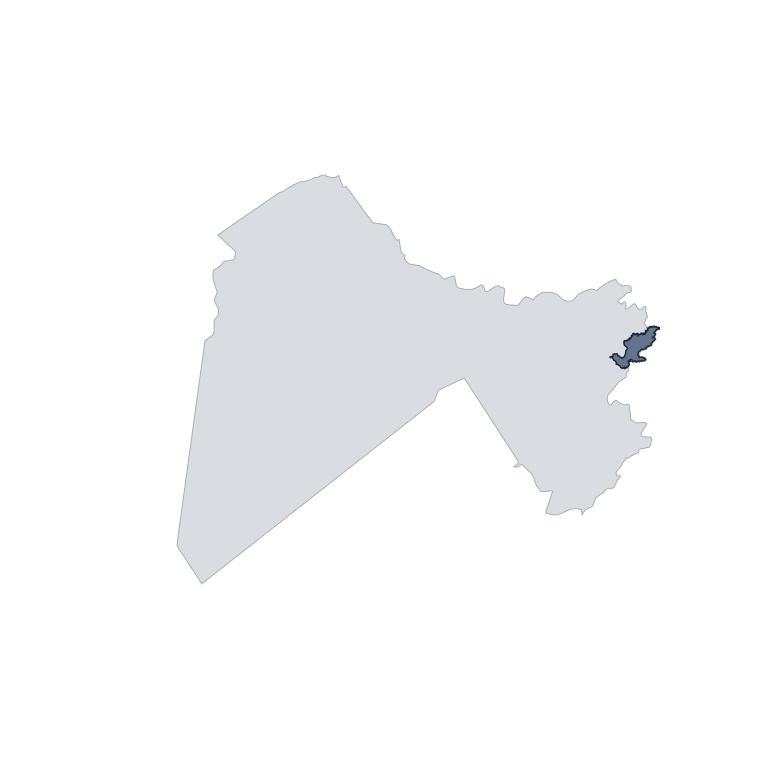 Yanfolila, Sikasso, Mali shown in context, rotated 237°
{"feature_id": "8926073B66933927430110", "entity_name": "Yanfolila", "entity_type": "district", "adm_level": 2, "iso_a3": "MLI", "parent_name": "Mali", "parent_adm1": "Sikasso", "projection": "equal_earth", "projection_center": [-8.073, 10.95], "detail": "fine", "context": "in_parent", "style": "filled", "palette": "slate", "viewbox_px": 768, "rotation_deg": 237, "n_neighbors": 0, "source": "geoboundaries", "source_scale": "gbopen_adm2", "svg_char_len": 9305}
<svg xmlns="http://www.w3.org/2000/svg" viewBox="0 0 768 768"><g transform="rotate(237 384 384)"><path d="M189.7,564.7L189.9,562.0L188.1,560.1L188.1,559.2L189.1,551.4L189.0,549.4L189.7,545.5L188.6,543.7L188.3,542.4L185.6,537.3L184.7,533.0L183.3,530.2L180.0,529.3L178.8,531.7L178.1,532.1L176.9,530.4L176.4,528.9L176.4,527.5L172.2,520.8L172.5,517.2L174.1,515.3L174.8,512.2L173.2,508.6L173.5,505.2L173.3,500.4L170.8,496.2L169.2,494.3L167.8,491.4L169.0,484.7L166.5,478.9L171.1,481.2L173.4,479.1L175.5,476.2L177.3,472.3L178.2,467.6L178.6,463.5L180.4,457.0L182.6,454.0L187.2,449.5L188.5,449.9L196.0,459.4L200.2,464.2L201.8,466.8L203.2,466.8L205.3,462.1L207.5,458.1L208.5,457.1L216.0,456.6L220.0,457.4L223.5,458.5L228.4,458.9L241.5,455.9L241.7,454.0L241.5,451.7L242.0,450.0L243.1,448.4L244.0,448.1L244.4,453.5L245.5,454.3L248.6,454.5L345.3,454.5L349.2,426.6L342.1,416.5L315.7,122.3L361.1,122.3L369.1,128.9L517.4,257.1L518.2,261.3L518.2,267.1L519.3,268.8L521.5,270.7L530.0,276.2L530.6,277.3L531.0,279.6L532.0,282.4L533.9,284.1L535.9,285.3L538.5,286.1L546.1,287.0L547.7,288.3L551.1,293.4L552.9,294.4L563.2,297.2L566.5,298.6L570.2,300.9L572.1,303.0L572.3,311.1L573.8,316.3L573.8,317.7L572.2,319.8L571.9,321.3L570.1,325.5L570.5,327.1L574.2,330.3L575.9,331.2L578.0,331.2L599.5,325.7L601.5,401.4L600.7,402.6L600.4,416.0L599.0,424.0L596.3,429.8L594.7,438.6L593.7,440.3L593.0,445.3L591.5,448.2L588.7,449.4L583.8,455.0L583.5,459.5L571.7,457.0L570.9,457.1L570.4,457.6L570.2,460.0L540.1,461.4L525.3,462.5L516.2,472.8L510.1,473.8L502.6,472.9L498.7,472.9L497.2,473.4L496.9,475.3L484.8,470.0L480.4,471.7L479.7,471.1L479.1,470.0L476.9,469.4L473.5,469.7L471.0,470.5L463.4,478.6L459.4,480.6L451.8,485.4L446.5,489.6L444.6,490.4L441.6,490.6L439.1,491.5L437.0,500.8L435.5,501.7L426.4,498.0L424.6,498.5L423.0,499.6L417.9,505.1L415.5,509.5L414.1,515.3L414.4,519.2L413.5,520.3L411.2,520.6L406.9,519.4L405.6,519.9L405.1,522.8L405.2,529.1L404.3,533.4L401.8,534.7L399.9,536.4L398.3,536.9L397.0,536.5L389.6,530.1L387.1,529.0L384.4,529.8L381.8,532.5L377.1,539.2L377.6,541.5L378.9,544.3L379.9,547.7L379.8,550.8L373.1,555.1L374.7,558.3L374.6,567.1L371.5,571.0L370.4,573.6L367.4,576.4L364.8,578.0L356.6,580.3L353.3,583.1L351.8,585.3L351.5,587.7L351.8,590.5L353.4,596.2L352.9,601.5L351.6,607.6L350.3,610.3L346.5,613.4L347.1,617.4L347.4,623.1L346.9,630.5L345.7,635.5L344.8,635.0L341.2,635.3L337.2,636.8L335.8,638.1L335.5,639.8L332.1,643.8L329.9,643.6L327.8,642.5L326.7,641.4L326.6,640.8L327.9,637.6L327.9,636.5L326.6,630.8L326.8,629.4L326.3,625.1L326.0,624.8L321.6,626.7L321.5,627.5L322.1,630.3L321.7,630.8L320.1,630.7L317.9,629.8L315.6,627.3L315.0,628.1L314.7,630.1L314.6,632.5L315.2,636.8L314.5,638.3L310.8,638.0L307.7,638.5L306.9,640.1L306.6,641.8L307.3,643.7L307.2,644.5L305.9,645.7L305.3,645.6L303.6,643.5L296.7,641.5L296.1,638.6L295.3,638.6L293.1,635.0L292.2,635.2L291.4,635.7L288.7,635.5L286.4,638.5L284.7,642.3L282.8,644.2L280.0,645.0L280.4,642.6L279.5,639.3L273.5,635.1L272.6,633.4L271.1,623.9L271.1,621.2L271.5,618.7L271.4,616.8L270.7,615.3L268.9,613.9L267.1,613.2L264.7,615.1L263.6,615.4L262.5,615.3L261.9,614.6L262.0,613.7L264.6,608.6L265.8,606.5L268.4,604.0L269.0,602.8L269.1,601.8L268.9,601.1L267.2,600.2L264.6,597.8L263.2,597.6L262.0,596.5L260.8,592.8L260.2,592.1L259.0,591.7L257.8,590.8L257.9,581.9L255.4,575.3L253.2,566.8L252.0,564.8L249.9,563.1L247.4,561.9L245.2,561.6L242.6,562.5L242.7,563.3L244.1,566.1L244.3,567.6L244.1,569.0L243.6,570.0L240.2,571.0L235.6,574.0L234.1,577.6L233.1,578.1L231.3,577.6L219.2,571.5L214.2,574.2L210.9,579.5L210.1,581.2L208.5,582.7L207.7,582.8L206.8,581.7L203.3,573.7L201.7,571.8L199.8,571.7L198.2,573.0L196.5,575.7L194.4,578.3L193.0,579.0L191.8,578.6L186.9,573.2L186.6,572.0L188.9,565.6L189.7,564.7Z" fill="#d9dde1" stroke="#a8b0b8" stroke-width="1"/><path d="M265.6,597.5L265.9,598.1L265.9,598.6L266.1,598.9L266.0,599.1L266.2,599.4L266.3,600.2L266.9,600.4L267.1,600.2L267.5,600.3L267.8,600.3L268.0,600.7L268.4,600.8L268.6,600.7L268.8,600.8L269.2,601.2L269.9,601.2L270.4,601.7L270.2,601.8L269.6,601.8L269.4,601.9L269.0,602.3L268.8,602.6L268.9,603.2L269.1,603.3L269.5,603.5L270.2,603.4L270.2,603.8L270.1,604.5L269.9,604.9L269.8,605.0L269.4,605.1L268.8,605.1L268.6,605.0L267.9,604.5L267.5,604.4L267.1,604.6L266.9,604.9L266.8,605.3L267.0,606.3L267.1,606.6L267.1,606.9L266.8,607.0L266.2,607.0L266.0,607.3L265.3,607.2L265.0,607.5L264.8,608.4L265.0,609.3L264.7,610.2L264.4,610.2L263.8,610.1L263.6,610.3L263.5,610.5L263.5,610.8L263.6,611.3L263.7,611.6L263.0,612.4L262.9,612.6L262.8,613.6L262.0,614.4L261.6,615.1L261.7,615.7L261.7,616.1L261.8,616.8L262.1,617.0L262.5,616.9L263.0,616.6L263.4,616.4L263.6,616.7L263.9,616.2L264.1,616.5L264.4,616.3L264.6,616.3L265.1,615.6L266.0,615.3L266.4,614.8L266.4,614.6L266.5,614.3L266.4,614.1L266.6,613.9L266.9,613.1L266.9,612.7L267.0,612.7L267.6,612.7L268.0,612.6L268.2,612.8L268.6,612.9L269.3,612.9L269.9,612.5L270.2,612.6L270.7,613.0L271.3,614.1L272.1,614.5L272.3,615.3L272.3,617.0L272.8,618.6L272.8,618.8L272.8,619.0L271.5,620.4L271.5,620.7L271.7,621.2L271.6,621.6L271.5,621.8L271.0,622.6L270.8,622.9L270.9,623.3L271.0,623.4L271.7,623.4L272.0,623.8L271.9,624.4L271.6,625.0L271.7,625.5L272.0,625.7L272.0,625.8L272.0,626.0L271.7,626.2L271.7,626.6L271.2,626.8L271.1,627.0L271.2,627.3L271.2,627.8L270.9,628.4L270.9,629.3L271.0,629.8L271.8,629.9L272.0,629.8L272.4,630.1L272.5,630.5L272.4,631.0L272.7,631.4L272.7,631.8L273.2,632.6L273.2,633.5L273.4,634.1L273.6,635.9L273.9,635.8L274.3,636.0L274.8,636.1L274.8,635.9L275.1,635.8L275.3,635.6L275.9,635.4L276.2,635.0L276.4,635.0L276.7,634.6L276.8,634.8L277.0,634.8L277.1,635.1L277.0,635.3L277.1,635.8L276.9,636.7L277.0,637.1L277.3,637.7L277.6,638.5L277.8,638.9L278.3,639.1L278.5,639.1L278.8,638.8L279.0,638.6L279.7,638.4L280.0,638.6L280.2,638.9L280.3,639.6L280.4,639.8L280.6,640.9L280.9,641.3L280.9,641.5L281.1,641.7L281.1,642.0L281.1,642.4L280.8,642.8L280.8,643.4L280.7,643.9L280.4,644.1L280.2,644.9L280.8,645.3L281.1,645.3L281.4,645.5L281.5,645.4L281.6,645.2L281.9,645.1L281.8,644.9L282.1,644.8L282.2,644.7L282.3,644.1L282.5,643.8L283.1,643.6L283.3,643.7L283.5,643.7L283.6,643.4L283.8,643.5L283.9,643.4L284.0,643.3L284.2,642.7L284.6,642.5L284.7,642.2L284.8,642.2L284.9,642.4L284.9,642.0L285.1,642.0L285.0,641.9L285.0,641.6L285.4,640.9L285.9,640.7L286.0,640.2L286.3,640.0L286.2,639.8L286.0,640.0L285.7,639.8L285.8,639.6L286.3,639.2L286.2,638.6L286.3,638.5L286.7,638.4L287.0,638.5L287.2,638.0L287.0,637.6L286.8,637.7L286.6,637.6L286.7,637.4L286.9,637.4L286.9,637.2L287.1,637.1L287.2,636.8L287.2,636.7L287.1,636.9L286.7,636.9L286.8,636.3L286.8,636.0L287.0,635.8L287.1,635.6L286.6,635.7L286.4,635.1L286.1,635.0L286.1,634.9L286.2,635.0L286.3,635.0L286.4,634.8L286.3,634.7L285.9,634.5L285.7,634.8L285.2,634.5L285.3,634.3L285.5,634.4L285.7,634.2L285.5,633.4L285.8,633.3L285.7,633.0L286.0,632.7L285.9,632.7L285.5,632.8L285.4,632.6L285.4,632.3L285.0,632.2L284.8,632.3L284.7,632.3L284.7,631.8L285.0,631.9L285.3,631.9L285.4,631.7L285.1,631.4L285.0,631.5L284.6,631.4L284.3,631.1L284.4,630.9L284.5,630.7L284.8,630.7L284.6,630.2L284.1,630.1L284.2,629.9L284.0,629.3L284.3,628.7L284.7,628.8L285.1,629.3L285.3,629.2L285.5,628.9L285.5,628.7L285.2,628.6L284.9,628.6L284.8,628.4L285.0,628.5L285.5,628.3L285.6,628.2L285.5,627.9L285.5,627.4L286.0,627.3L286.2,627.5L286.6,627.4L286.3,626.9L286.0,626.7L285.9,626.5L286.0,626.1L286.2,625.7L286.6,625.2L286.7,624.7L286.3,624.4L286.2,624.2L286.0,623.7L286.1,623.4L286.5,623.8L286.9,623.9L287.1,624.1L287.3,624.1L287.3,623.6L287.5,623.3L287.6,624.1L287.7,624.3L288.0,624.3L288.3,624.1L288.4,623.9L288.6,623.8L288.6,623.6L288.4,623.4L288.3,623.1L288.6,622.9L288.5,622.5L288.5,622.3L288.8,622.4L288.8,622.1L289.2,621.5L289.1,621.1L289.3,620.9L289.7,621.0L289.9,621.3L290.1,621.3L290.6,620.7L290.6,620.0L290.5,619.9L290.3,619.9L290.2,619.8L290.2,619.2L289.9,619.1L289.7,619.3L289.4,619.2L289.2,619.0L289.2,618.3L289.4,618.0L289.6,618.0L289.7,617.8L289.6,617.5L289.2,617.5L288.8,617.4L288.6,617.0L288.4,616.3L287.7,615.8L287.7,615.6L288.2,615.3L288.5,615.4L288.8,615.3L288.9,615.0L288.4,614.5L288.3,614.0L287.5,614.0L287.4,613.9L287.5,613.7L288.5,613.5L288.5,613.4L288.5,613.2L288.4,613.2L288.1,612.2L287.7,611.8L287.8,611.4L288.0,611.2L288.1,611.3L288.2,611.2L288.4,611.2L288.6,610.3L288.5,610.0L289.0,609.6L289.3,609.5L289.3,609.3L289.3,609.1L288.9,609.3L288.5,609.0L288.4,608.7L288.3,608.2L288.4,607.8L286.9,607.2L286.5,607.3L285.5,606.7L283.1,607.6L282.3,607.7L281.3,607.6L280.7,606.7L280.3,605.2L277.5,602.7L275.6,599.4L276.5,598.0L276.5,597.9L276.1,597.5L276.2,597.3L277.0,597.2L278.0,596.8L278.4,596.5L278.9,596.4L279.2,596.2L279.6,596.3L280.3,595.6L281.3,595.9L282.6,595.8L284.2,592.4L283.2,591.7L282.5,591.1L282.7,590.3L283.0,590.1L283.6,588.6L283.5,588.3L283.1,588.1L282.8,588.2L282.7,588.6L282.4,589.1L282.2,589.7L281.9,590.0L278.8,589.7L277.3,590.5L276.9,590.5L275.1,590.5L274.4,589.7L274.0,589.5L273.7,589.8L273.6,590.2L273.3,590.5L270.8,591.6L269.1,591.5L267.6,592.2L267.5,592.3L267.9,592.6L267.9,592.9L267.4,593.3L267.1,593.5L267.1,594.0L266.9,593.7L266.6,593.6L266.4,593.7L266.4,594.0L266.2,594.0L266.0,594.3L266.3,594.5L266.2,594.6L266.0,595.0L265.9,595.0L266.1,595.3L266.2,595.8L266.1,596.0L266.0,595.9L265.9,596.0L266.1,596.3L266.0,596.6L265.7,596.6L265.8,596.8L266.0,597.0L266.0,597.3L265.8,597.5L265.6,597.5L265.6,597.5Z" fill="#64748b" stroke="#1e293b" stroke-width="1.5"/></g></svg>